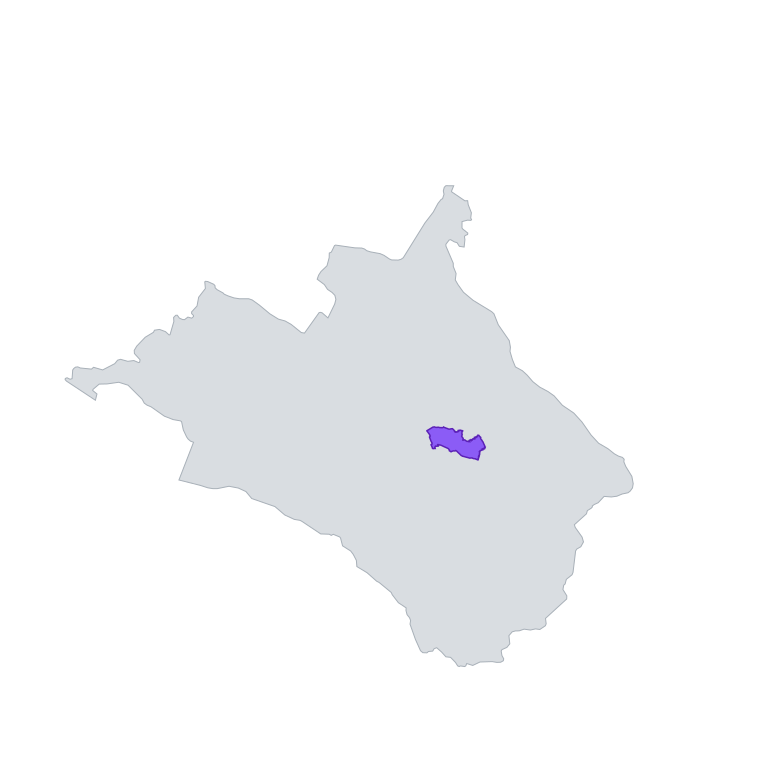 Bokungu, Équateur, Democratic Republic of the Congo shown in context, rotated 123°
{"feature_id": "63176286B49430673132917", "entity_name": "Bokungu", "entity_type": "district", "adm_level": 2, "iso_a3": "COD", "parent_name": "Democratic Republic of the Congo", "parent_adm1": "Équateur", "projection": "equal_earth", "projection_center": [22.112, -0.898], "detail": "fine", "context": "in_parent", "style": "filled", "palette": "violet", "viewbox_px": 768, "rotation_deg": 123, "n_neighbors": 0, "source": "geoboundaries", "source_scale": "gbopen_adm2", "svg_char_len": 8585}
<svg xmlns="http://www.w3.org/2000/svg" viewBox="0 0 768 768"><g transform="rotate(123 384 384)"><path d="M576.2,503.7L536.6,512.0L537.3,515.1L536.9,518.2L535.9,520.7L531.8,527.3L525.8,533.3L525.8,534.7L528.7,541.5L530.6,550.7L530.0,566.9L530.8,571.3L530.6,574.7L528.5,578.5L524.4,598.0L527.0,607.4L534.7,616.2L539.2,622.8L546.9,625.1L548.1,624.8L548.7,619.3L554.8,617.2L554.5,651.9L554.0,653.8L552.9,654.3L551.4,653.2L551.0,649.9L549.4,648.5L541.8,652.7L539.9,652.6L537.9,651.9L536.4,650.1L536.0,647.5L530.8,637.4L528.2,636.7L525.4,627.6L513.6,620.9L509.1,620.4L506.8,618.4L504.5,611.2L500.6,606.6L499.7,601.5L498.9,600.8L496.5,601.8L494.4,609.9L491.8,611.8L486.9,612.0L474.8,609.7L466.2,605.5L463.9,605.8L460.5,602.0L459.1,595.8L459.9,591.0L459.2,590.3L446.0,594.3L442.8,596.7L439.8,596.1L438.9,594.8L440.2,591.5L439.6,587.9L438.6,586.3L434.7,584.9L433.5,581.1L431.1,580.5L430.3,581.1L429.7,583.7L428.3,584.6L420.4,583.3L412.2,586.7L401.2,585.8L396.0,589.9L395.2,589.8L394.1,587.7L393.1,581.1L393.6,579.3L395.3,578.0L395.8,575.4L395.3,568.5L395.7,566.9L395.1,563.0L393.5,556.7L391.2,551.6L386.2,543.9L385.3,540.3L385.7,531.7L387.3,518.0L387.1,507.9L385.0,501.3L384.6,494.2L385.9,481.4L384.6,478.4L359.5,477.3L358.5,476.3L358.0,474.6L359.1,467.0L343.8,468.9L339.3,470.4L336.4,473.5L335.5,477.4L335.4,482.9L333.1,488.2L332.5,497.1L328.3,498.1L324.0,498.1L315.9,496.2L307.9,498.8L304.0,501.2L302.0,500.0L294.9,500.9L293.9,500.3L285.7,482.6L282.1,476.7L281.4,473.8L281.6,471.1L280.6,467.4L276.8,458.3L276.1,454.1L276.2,447.4L275.8,445.2L272.3,439.5L270.1,437.6L267.6,436.6L226.6,437.4L213.0,436.3L203.1,437.1L198.1,436.6L196.7,435.8L192.2,437.0L189.8,439.4L186.2,440.6L184.0,440.1L179.8,433.5L185.6,432.4L186.0,431.7L186.3,415.9L184.7,413.7L187.8,411.0L192.8,404.0L197.7,401.6L198.3,400.2L199.4,400.2L201.1,403.2L205.3,407.0L210.6,403.6L211.1,402.7L211.8,395.9L213.1,395.3L215.3,396.8L216.6,396.8L218.8,394.8L225.5,391.4L227.5,395.8L225.7,399.7L226.5,402.5L226.7,406.8L227.8,407.8L233.1,408.2L234.6,407.2L245.0,391.7L247.7,389.9L252.1,383.7L257.9,380.9L260.4,376.0L263.8,367.3L265.3,354.8L264.7,333.1L265.2,330.1L272.1,320.4L279.4,302.6L284.3,298.0L288.0,296.1L293.6,289.6L298.1,283.1L297.5,275.2L298.6,268.7L301.0,260.4L301.8,251.6L301.0,242.4L301.3,234.9L304.7,222.8L305.0,209.0L308.0,197.4L314.0,182.6L316.8,171.7L316.3,160.9L317.1,152.9L316.8,148.2L315.7,144.1L316.3,141.6L318.6,140.5L321.4,136.5L326.5,125.8L331.9,120.7L335.8,119.0L339.7,119.2L342.3,120.1L346.5,124.3L351.3,127.6L354.9,131.8L358.4,138.2L366.9,139.7L370.5,142.0L372.8,142.9L373.6,142.3L375.4,142.6L379.4,144.5L382.6,143.5L398.3,147.7L400.1,145.6L404.5,134.5L407.8,130.7L413.2,130.3L417.4,132.4L419.6,132.4L439.0,122.9L441.5,122.4L448.5,124.7L453.1,123.2L454.9,123.7L458.9,122.0L462.1,115.3L464.8,113.7L492.6,120.9L496.8,117.4L498.8,117.0L505.0,119.6L506.9,123.6L510.6,127.2L513.3,133.0L517.4,136.2L519.5,139.3L522.0,141.5L527.0,142.2L533.4,137.0L538.0,137.5L542.5,140.4L544.1,140.3L547.5,137.2L549.3,133.9L551.1,133.2L553.8,134.6L556.0,137.7L557.9,142.1L564.9,152.1L571.7,156.3L573.4,162.4L575.8,161.9L577.0,162.4L578.8,166.3L580.0,167.1L580.3,168.7L578.6,172.3L577.0,179.3L579.1,183.5L577.4,189.8L576.5,196.2L578.7,197.8L581.5,197.7L584.1,201.0L586.1,201.6L588.2,205.1L587.8,208.1L581.1,218.5L571.2,231.4L567.8,232.9L566.1,235.3L564.9,239.0L562.0,242.2L559.7,243.5L559.6,252.8L556.2,262.4L554.9,264.3L553.1,280.0L553.4,282.7L551.5,295.4L551.9,307.3L547.0,311.1L543.7,316.9L542.2,321.0L542.3,330.6L536.8,336.6L536.4,337.9L537.7,344.7L539.7,345.8L539.8,348.1L544.2,355.4L543.9,378.0L544.1,380.2L546.4,385.5L547.9,395.8L546.2,408.7L552.1,432.5L549.4,441.2L550.6,449.5L554.2,458.3L562.6,466.9L564.9,470.4L567.0,475.2L569.0,482.6L576.2,503.7Z" fill="#d9dde1" stroke="#a8b0b8" stroke-width="1"/><path d="M381.7,264.7L381.6,265.3L381.4,265.7L381.3,265.8L381.0,265.9L380.9,266.0L379.9,267.7L379.8,267.8L379.6,268.1L378.7,269.4L378.6,269.7L378.5,270.0L378.3,270.5L378.0,271.0L377.8,271.4L377.4,272.8L377.1,273.2L376.9,273.4L376.4,273.7L376.1,273.8L376.1,274.0L375.7,275.9L375.6,276.1L375.4,276.4L375.4,276.5L375.7,276.9L375.7,277.3L375.8,277.4L376.0,277.3L376.1,277.2L376.8,277.3L377.2,277.6L377.6,277.3L377.9,277.8L378.0,277.9L378.5,277.6L378.8,277.7L378.9,278.0L378.8,278.4L378.9,278.7L379.0,278.7L379.2,278.4L379.3,278.4L379.5,278.5L379.7,278.9L379.9,278.7L380.4,278.7L380.5,278.4L380.4,278.1L380.5,277.9L380.7,278.0L380.8,278.1L380.8,278.3L380.7,278.7L380.7,278.9L380.8,279.0L381.1,279.1L381.5,279.5L381.7,279.3L381.9,279.5L382.1,279.6L382.8,279.5L383.0,279.5L383.1,279.9L383.1,280.3L383.1,280.6L383.2,280.8L383.3,280.8L383.5,280.6L383.5,280.2L383.8,279.9L384.0,279.9L384.0,280.0L383.9,280.8L383.9,281.0L384.0,281.2L384.1,281.3L384.5,281.1L384.7,281.7L384.8,281.8L385.1,281.8L385.3,281.4L385.5,281.4L385.8,280.9L386.1,281.6L386.2,281.8L386.4,281.9L386.4,282.0L386.3,282.4L386.4,282.6L386.8,282.9L387.0,283.3L387.0,283.7L386.9,285.3L386.9,285.7L386.9,285.9L388.1,287.2L387.8,287.4L386.8,287.8L386.5,288.0L386.4,288.2L386.1,289.1L385.8,289.8L385.6,290.2L385.4,290.5L385.0,290.5L384.6,290.6L384.1,290.9L383.9,290.9L383.9,291.0L383.6,291.3L383.3,291.6L383.1,291.6L382.9,291.8L382.6,291.9L382.1,292.3L381.7,292.5L381.1,292.5L380.8,292.4L380.5,292.4L380.5,292.8L380.6,293.4L380.7,293.5L381.0,293.5L380.9,293.8L381.0,294.2L381.0,294.4L381.0,294.6L381.4,294.8L381.7,295.2L381.7,295.4L381.7,295.6L381.9,295.7L382.0,295.8L382.3,296.2L382.5,296.4L382.8,296.0L383.0,296.3L383.3,296.3L383.4,296.0L383.6,295.9L383.9,296.0L384.2,296.4L384.4,296.8L384.6,296.8L384.9,297.0L384.9,297.6L385.0,297.7L385.0,297.4L385.3,297.6L385.5,297.9L385.5,298.0L385.1,298.4L385.5,298.7L385.4,299.0L384.8,299.7L384.6,300.2L384.5,300.5L384.2,302.2L384.2,302.3L384.6,302.8L385.3,303.6L385.5,303.8L386.1,304.4L386.3,304.6L386.4,304.8L386.7,305.6L386.8,306.5L387.0,307.2L387.2,308.0L387.6,310.0L387.6,310.6L387.8,310.6L388.3,310.8L388.8,311.2L390.3,313.7L390.5,314.5L390.8,315.1L391.0,315.4L391.5,315.8L392.1,316.9L392.3,317.2L392.4,317.7L392.5,318.3L392.8,318.7L393.1,319.0L393.3,319.2L393.5,319.5L394.3,319.9L397.8,321.6L399.6,322.5L399.8,322.6L400.0,322.5L400.1,322.1L400.5,321.0L401.6,318.2L401.8,318.0L401.9,317.9L402.0,317.4L402.4,317.2L402.8,316.8L403.1,316.8L403.3,316.8L403.6,317.0L403.8,316.9L405.8,314.1L406.3,313.5L406.9,312.2L407.0,312.0L407.3,311.9L407.6,311.4L408.4,311.0L408.8,311.0L409.0,311.1L409.2,311.5L409.3,311.5L409.6,311.1L409.8,310.7L410.2,310.1L410.6,309.5L411.1,308.7L411.3,308.5L411.5,308.4L411.6,308.2L411.5,307.8L411.5,307.7L411.3,307.5L411.1,307.0L410.8,306.8L410.6,306.7L410.2,306.0L409.5,306.8L409.3,307.0L409.1,307.0L408.7,306.8L408.3,307.0L408.1,307.0L407.8,306.6L407.5,305.9L407.0,305.3L406.6,304.8L406.4,304.6L406.2,304.6L405.8,305.9L405.7,306.0L405.4,305.9L405.3,305.7L405.3,305.3L405.2,305.1L405.0,304.7L404.6,303.8L404.4,303.2L404.1,301.6L404.0,300.5L403.2,295.4L403.2,294.8L403.3,294.5L403.5,293.8L403.7,293.3L403.8,293.2L404.0,293.1L404.3,293.0L404.4,292.9L404.4,292.4L404.3,291.6L404.4,291.3L404.4,291.2L404.3,290.8L403.8,290.6L402.5,289.6L402.2,289.3L401.9,288.7L401.5,288.0L401.2,287.8L400.8,287.7L400.7,287.6L400.7,287.1L400.7,286.3L401.1,284.6L401.5,282.3L401.9,280.5L401.9,280.1L401.8,279.7L401.8,279.1L401.8,278.8L401.7,278.6L401.1,276.9L400.9,276.2L400.6,275.2L400.0,273.5L399.5,271.8L399.2,271.4L398.7,270.8L398.4,270.4L398.1,270.0L398.1,269.9L397.9,268.6L397.8,268.4L397.7,268.0L397.0,266.8L396.9,266.5L397.0,266.1L396.8,265.3L396.7,264.8L396.7,264.5L396.5,263.9L396.2,263.7L396.0,263.8L395.9,263.9L395.7,264.2L395.6,264.3L395.4,264.2L395.2,264.2L395.1,264.4L394.9,264.4L394.8,264.5L394.7,264.5L394.6,264.4L394.4,264.4L394.3,264.5L394.1,264.5L393.7,264.9L393.5,265.2L393.4,265.2L393.3,264.8L393.1,264.9L392.7,264.8L392.4,264.9L392.3,265.2L392.2,265.1L391.9,265.3L391.7,265.4L391.5,265.5L391.3,265.6L391.1,265.4L390.9,265.5L390.5,265.7L390.5,265.9L390.4,266.0L390.2,266.2L389.9,266.2L389.7,266.2L389.6,266.4L389.4,266.4L389.2,266.6L389.0,266.9L388.9,266.8L388.7,267.0L388.6,266.9L388.5,267.0L388.2,267.1L388.0,266.9L387.8,267.0L387.7,266.9L387.4,266.9L387.4,266.7L386.9,266.4L386.5,266.2L386.3,266.0L386.2,265.9L385.9,265.7L385.8,265.8L385.6,265.6L385.4,265.5L385.3,265.8L385.2,265.6L385.1,265.8L384.9,265.8L384.7,265.9L384.5,265.6L384.3,265.6L384.4,265.4L384.5,265.2L384.5,264.9L384.7,264.6L384.4,264.8L384.4,265.1L384.2,265.2L384.0,265.6L384.0,265.4L384.0,265.2L383.9,264.8L383.7,264.9L383.4,264.9L383.5,264.6L383.4,264.5L383.2,264.7L382.8,264.8L382.7,264.8L382.6,264.7L382.5,264.8L382.4,264.9L382.1,265.1L382.2,264.8L382.2,264.6L381.7,264.7Z" fill="#8b5cf6" stroke="#5b21b6" stroke-width="1.5"/></g></svg>